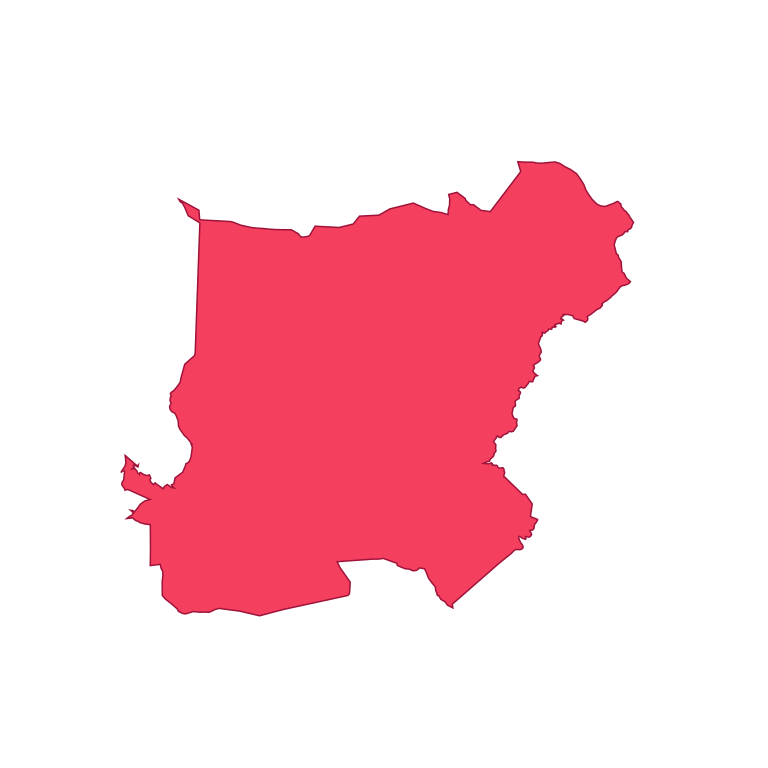 Ixtapan del Oro, México, Mexico (Mercator projection), rotated 74°
{"feature_id": "50627088B38123449736232", "entity_name": "Ixtapan del Oro", "entity_type": "district", "adm_level": 2, "iso_a3": "MEX", "parent_name": "Mexico", "parent_adm1": "México", "projection": "mercator", "projection_center": [-100.269, 19.262], "detail": "fine", "context": "isolated", "style": "filled", "palette": "rose", "viewbox_px": 768, "rotation_deg": 74, "n_neighbors": 0, "source": "geoboundaries", "source_scale": "gbopen_adm2", "svg_char_len": 6157}
<svg xmlns="http://www.w3.org/2000/svg" viewBox="0 0 768 768"><g transform="rotate(74 384 384)"><path d="M272.8,109.4L273.7,114.0L274.3,122.5L272.6,126.5L269.9,129.7L263.3,133.3L258.6,134.9L253.5,136.4L247.5,136.9L241.7,138.5L235.0,140.9L229.3,145.5L224.7,150.5L220.3,154.3L217.7,158.4L216.5,164.5L215.4,170.9L213.9,175.8L211.8,179.8L209.2,188.5L207.2,194.1L217.5,194.0L247.6,234.3L243.8,242.9L236.2,248.6L236.3,249.5L235.3,251.6L230.1,254.7L227.9,254.9L219.9,261.0L219.6,269.6L224.3,269.8L230.5,271.9L233.7,273.9L238.8,275.8L234.7,282.2L231.6,289.3L226.9,295.5L218.2,305.9L217.3,330.1L220.3,342.4L215.9,361.3L221.7,369.4L221.2,383.9L213.3,406.8L220.5,414.2L220.9,415.3L221.1,416.4L220.6,421.0L219.5,423.6L216.0,424.9L210.2,430.6L205.9,445.0L203.5,451.7L201.0,457.8L199.8,461.5L197.0,468.4L191.8,478.0L189.2,481.3L186.5,485.0L185.5,486.9L175.4,515.9L165.9,514.0L149.8,530.4L151.9,529.9L153.5,529.1L154.8,527.6L156.4,527.6L158.9,526.9L168.3,525.8L178.4,516.6L302.3,557.0L304.5,558.4L310.1,570.1L321.9,577.3L326.2,579.5L329.4,583.5L332.0,587.2L333.6,591.2L334.6,592.1L337.2,591.9L337.9,593.0L339.9,593.9L341.4,594.3L342.9,594.1L343.7,593.7L346.1,596.1L348.1,596.6L350.0,596.5L352.4,595.4L354.3,593.2L357.0,592.5L362.6,592.0L367.7,593.1L370.7,592.8L378.3,590.2L381.0,588.6L381.4,588.1L388.9,585.2L388.8,586.0L390.1,585.8L392.2,585.8L401.3,589.8L405.1,592.9L406.2,596.6L407.4,597.1L413.3,601.8L416.6,610.6L422.1,613.6L422.3,616.0L424.3,615.6L426.0,614.5L425.2,616.1L424.4,617.0L420.9,620.1L422.1,623.5L423.8,625.2L416.6,630.9L415.9,631.3L417.3,633.3L413.9,635.3L411.6,635.3L410.3,634.1L406.7,634.6L406.8,635.0L406.4,637.7L404.9,639.8L401.9,642.5L402.2,643.5L403.5,644.0L401.7,645.3L399.6,645.5L396.9,646.6L396.5,647.3L396.2,649.4L395.1,647.0L393.3,647.4L392.7,646.0L394.2,645.3L395.9,643.4L394.1,642.5L394.9,643.7L381.4,652.5L387.9,653.6L391.2,655.3L396.5,661.3L395.6,658.7L395.8,658.0L396.8,657.3L398.2,658.2L404.2,660.5L406.8,663.2L408.7,663.8L412.7,662.4L414.6,662.3L414.8,659.3L430.6,640.6L430.5,646.2L432.4,651.4L435.9,655.8L438.2,659.3L436.5,660.2L435.5,662.4L438.8,660.3L439.6,661.6L440.6,662.1L441.1,665.1L442.4,668.4L443.5,662.5L446.5,660.6L448.7,657.6L449.6,657.3L452.6,652.6L454.7,647.4L478.4,654.0L494.1,658.7L495.7,648.8L499.4,649.1L503.0,648.4L506.8,649.2L513.1,651.8L526.2,655.4L530.7,653.3L536.6,649.0L543.1,644.8L545.8,644.3L547.2,642.9L549.1,640.8L550.3,638.1L550.2,630.0L552.9,623.1L553.3,620.9L554.6,616.7L555.1,615.5L555.2,614.0L554.2,608.6L554.2,605.9L554.1,604.8L562.5,585.4L572.5,567.5L573.0,542.9L577.3,476.9L576.3,475.2L572.5,473.6L565.1,471.1L548.1,477.0L541.9,478.0L549.0,444.1L550.8,437.5L551.5,432.7L559.8,421.2L562.2,421.1L565.0,417.7L567.6,414.3L568.8,410.8L570.4,409.1L571.7,407.2L572.1,404.0L570.6,400.2L571.9,398.0L572.6,396.0L577.0,395.2L579.5,395.1L583.4,394.6L589.2,392.4L593.1,390.6L596.7,391.2L599.5,390.9L602.0,391.0L602.9,389.5L606.6,388.8L610.1,385.4L614.2,383.9L618.2,379.5L614.5,379.1L588.1,322.9L582.1,308.7L579.9,304.8L579.4,303.1L580.6,299.4L580.8,298.1L580.3,296.1L579.6,295.5L578.5,295.1L576.2,295.5L574.9,296.1L572.4,296.7L569.3,296.9L568.1,296.7L567.6,296.3L567.9,295.4L570.1,293.8L572.2,291.2L572.1,290.6L571.6,290.1L569.8,290.1L569.6,289.4L571.0,287.4L571.2,286.7L571.1,286.1L570.6,284.9L569.7,283.8L568.5,283.6L566.9,283.8L565.3,284.4L564.8,284.3L565.3,281.9L565.3,281.3L564.4,279.9L563.2,279.2L560.5,278.0L559.5,276.4L557.2,274.0L556.5,273.7L551.8,279.8L540.2,274.6L529.0,278.4L528.2,281.3L506.6,293.7L506.4,294.3L505.6,294.4L504.3,293.5L503.7,293.3L502.7,292.5L501.8,292.3L500.9,292.7L499.7,292.2L499.0,292.2L497.2,292.8L496.9,295.3L496.6,296.6L495.3,297.5L493.8,297.7L493.1,298.3L493.1,299.1L492.3,300.4L492.4,301.1L491.9,301.5L491.8,302.2L491.3,302.6L490.2,301.9L489.5,302.2L489.6,305.7L487.7,310.2L487.2,307.0L487.3,303.7L485.7,302.8L483.5,298.5L480.7,296.9L479.7,295.1L477.9,294.5L476.9,294.7L475.3,293.9L474.0,293.6L473.4,293.2L471.3,293.9L470.2,294.6L469.3,294.4L467.0,291.2L466.1,290.4L465.4,290.4L465.2,289.9L465.4,288.9L467.1,288.1L467.6,286.0L466.6,285.1L466.6,284.1L465.9,283.6L465.4,278.9L464.3,277.5L464.2,276.8L465.1,274.3L465.0,272.6L460.7,267.5L459.8,267.6L458.2,267.3L456.3,266.7L455.1,265.9L454.4,266.0L453.2,268.2L451.9,268.7L448.1,269.2L442.7,266.5L441.7,265.5L441.8,264.4L440.7,263.4L437.1,262.9L436.3,262.1L435.4,259.7L435.2,258.2L434.5,257.7L432.8,257.6L431.0,255.9L429.7,255.1L429.2,255.2L428.1,255.7L427.9,256.3L427.4,256.7L425.8,255.7L425.1,254.3L425.0,253.3L425.0,252.7L426.2,251.5L426.4,250.5L426.1,249.2L423.0,244.9L422.3,244.6L421.9,244.2L421.7,243.3L422.5,241.8L422.7,240.7L422.6,240.2L421.3,239.5L418.2,236.6L418.1,235.0L418.4,234.6L418.3,234.2L417.9,234.7L416.7,235.2L415.6,236.2L413.1,237.3L411.8,236.8L410.6,235.5L409.4,234.8L407.2,235.3L407.1,234.6L406.2,232.8L406.1,231.5L404.7,227.9L404.2,227.2L403.0,226.6L401.6,227.1L399.5,226.9L398.1,225.7L396.7,224.0L393.1,223.7L389.0,224.4L387.3,224.2L383.4,221.3L382.0,220.5L381.7,219.3L380.8,218.3L380.1,218.4L378.6,218.0L377.9,217.5L378.9,216.9L379.4,215.4L378.4,213.6L377.7,211.4L376.8,210.8L376.5,210.1L377.5,208.2L377.3,207.4L376.3,207.1L375.6,206.5L376.3,205.0L376.5,203.2L376.1,202.8L375.2,203.1L374.8,203.9L374.4,203.9L373.8,202.7L374.1,200.2L373.4,199.7L375.1,197.2L373.1,196.4L372.1,195.3L372.1,193.9L370.9,194.5L370.1,196.2L368.7,195.1L367.6,192.2L366.8,192.8L366.6,192.6L367.9,188.0L370.4,183.8L373.5,183.1L378.4,175.2L380.1,173.7L379.5,171.8L378.5,170.7L377.4,170.0L375.2,170.2L374.0,165.9L371.2,159.1L370.6,155.4L368.6,152.4L367.7,152.3L367.1,152.5L365.6,149.2L365.4,147.3L364.6,145.4L363.0,141.8L362.1,140.6L361.3,138.4L359.5,134.9L357.0,131.9L355.2,128.8L355.4,124.4L354.9,120.8L353.6,118.9L348.9,121.9L343.8,122.7L342.1,124.2L338.5,123.8L331.8,122.3L330.7,122.5L327.6,123.5L324.7,123.4L322.7,124.7L313.8,124.4L309.7,122.0L309.3,121.4L308.0,120.7L306.8,118.4L306.4,113.9L305.2,111.7L304.3,110.7L303.9,109.6L304.8,108.0L304.2,107.4L302.9,106.8L302.6,104.2L302.2,103.6L301.3,102.6L299.9,102.0L297.5,99.6L290.9,101.8L289.2,102.0L287.3,103.0L284.8,103.8L283.8,104.9L280.5,106.3L279.2,107.0L275.8,106.8L275.5,107.5L274.7,108.0L273.9,108.1L272.8,109.4Z" fill="#f43f5e" stroke="#9f1239" stroke-width="1.5"/></g></svg>